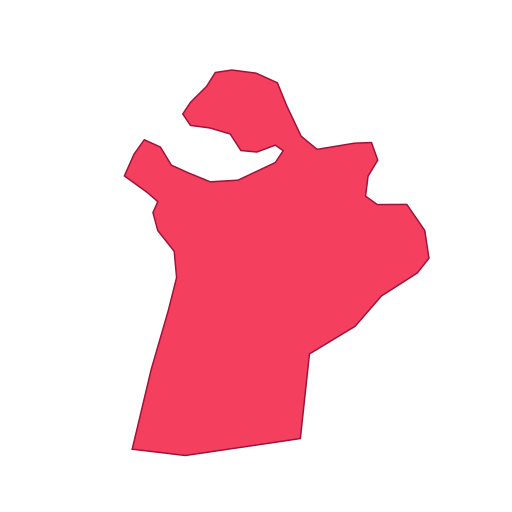 an SVG outline of San Pawl il-Bahar, rotated 165°
{"feature_id": "MLT-5926", "entity_name": "San Pawl il-Bahar", "entity_type": "state/province", "adm_level": 1, "iso_a3": "MLT", "parent_name": "Malta", "parent_adm1": "", "projection": "albers", "projection_center": [14.403, 35.938], "detail": "fine", "context": "isolated", "style": "filled", "palette": "rose", "viewbox_px": 512, "rotation_deg": 165, "n_neighbors": 0, "source": "natural_earth", "source_scale": "10m", "svg_char_len": 777}
<svg xmlns="http://www.w3.org/2000/svg" viewBox="0 0 512 512"><g transform="rotate(165 256 256)"><path d="M260.4,68.2L375.9,81.6L425.6,101.4L386.5,173.7L354.9,225.9L338.3,255.7L333.8,281.7L344.3,305.9L344.3,324.6L336.8,333.9L344.3,345.1L362.4,367.4L347.4,386.0L333.8,397.2L320.2,386.0L314.2,365.6L300.6,354.4L281.0,339.5L253.8,333.9L213.1,341.3L202.5,350.7L208.6,358.1L228.2,356.2L243.3,361.8L249.3,380.5L267.4,391.6L285.5,399.1L290.0,412.1L279.5,421.4L259.9,432.6L247.8,443.8L231.2,441.9L208.6,432.6L190.5,417.7L187.5,393.5L181.4,360.0L169.4,343.2L131.7,339.5L115.1,335.7L113.6,317.1L127.1,304.1L134.7,285.5L125.6,274.3L97.0,266.8L86.4,237.0L89.5,209.1L104.5,197.9L145.3,184.9L178.4,162.5L229.7,147.6L260.4,68.2Z" fill="#f43f5e" stroke="#9f1239" stroke-width="1.5"/></g></svg>